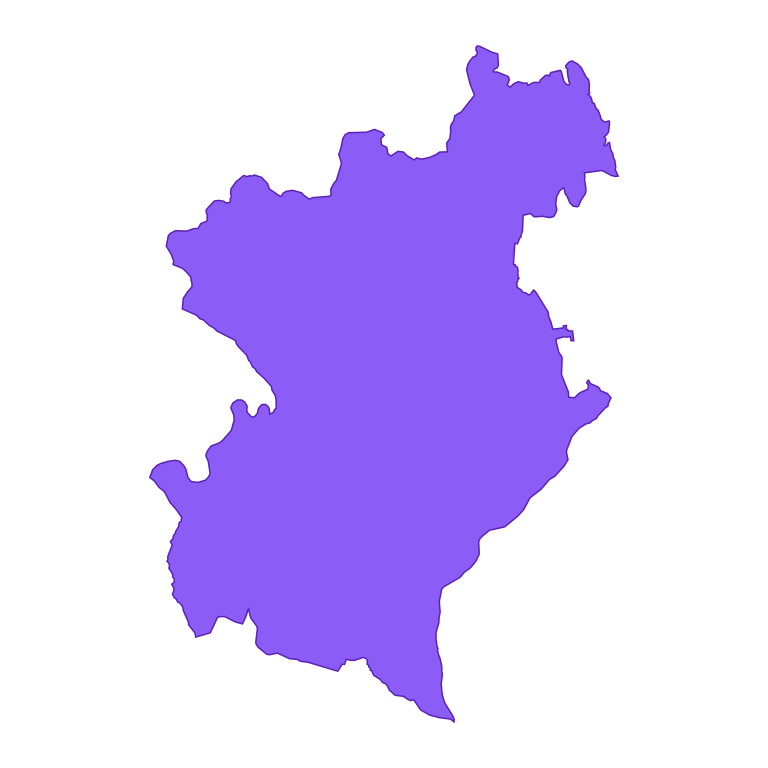 Dumbraveni, Sibiu, Romania
{"feature_id": "2599482B85989180229016", "entity_name": "Dumbraveni", "entity_type": "district", "adm_level": 2, "iso_a3": "ROU", "parent_name": "Romania", "parent_adm1": "Sibiu", "projection": "mercator", "projection_center": [24.552, 46.22], "detail": "fine", "context": "isolated", "style": "filled", "palette": "violet", "viewbox_px": 768, "rotation_deg": 0, "n_neighbors": 0, "source": "geoboundaries", "source_scale": "gbopen_adm2", "svg_char_len": 6067}
<svg xmlns="http://www.w3.org/2000/svg" viewBox="0 0 768 768"><path d="M195.7,637.1L210.3,632.8L217.4,617.6L219.7,616.6L224.7,616.6L235.5,622.0L242.5,623.9L246.3,615.5L248.0,609.7L248.7,609.0L250.0,615.6L251.2,618.6L256.8,626.3L257.4,628.5L255.8,642.2L256.1,644.1L258.3,647.4L266.8,654.3L269.7,654.7L277.4,653.1L289.5,658.7L297.1,659.4L300.5,661.3L307.8,662.2L337.8,671.2L342.2,664.1L344.5,664.5L346.3,659.3L350.5,660.4L354.7,660.3L362.9,657.5L366.0,658.4L367.3,660.4L367.2,664.4L368.4,664.9L368.9,667.1L370.4,668.5L370.3,670.3L371.5,670.5L373.8,675.4L380.2,679.4L382.6,682.6L385.4,683.5L387.3,685.7L389.2,690.0L395.2,695.3L403.2,696.3L408.1,699.5L410.8,700.6L413.0,699.9L414.2,700.5L420.7,710.0L429.7,715.1L439.7,717.7L450.6,719.1L453.9,721.9L454.3,719.9L453.0,716.3L444.6,702.6L442.2,694.5L441.2,684.2L442.4,673.6L441.8,672.0L441.7,665.7L439.8,657.7L438.3,654.0L437.5,649.7L438.0,648.4L437.0,646.2L436.1,639.5L436.0,632.8L438.9,622.4L438.9,619.1L440.1,612.1L439.3,601.3L441.7,589.1L443.9,586.7L460.0,577.4L464.6,572.0L469.7,568.5L473.2,564.6L476.2,560.6L478.8,555.2L479.2,553.8L478.7,541.7L480.0,538.7L482.0,536.5L489.4,530.3L504.8,526.8L517.7,516.2L523.6,509.7L530.0,497.8L541.0,489.3L549.3,479.6L555.0,476.1L564.1,466.1L568.0,459.7L566.5,452.8L566.7,449.9L572.1,436.2L579.1,428.3L585.9,423.9L590.0,422.9L592.2,420.8L596.5,418.4L597.9,415.8L605.3,407.9L607.9,406.2L608.5,403.0L611.0,397.9L607.3,393.5L600.5,390.8L599.4,388.3L597.8,386.8L590.8,383.8L589.2,381.9L589.0,380.5L588.1,380.2L586.7,382.7L588.5,385.1L587.8,389.2L579.8,392.8L574.4,397.8L568.7,397.2L568.4,392.1L561.5,374.6L562.1,358.5L561.6,356.2L558.8,352.5L556.2,341.8L556.1,339.0L564.2,336.7L566.4,337.2L570.3,336.5L571.0,340.7L573.8,340.7L572.5,331.0L568.2,330.9L567.7,329.5L566.1,329.5L566.4,325.5L563.4,325.8L563.5,327.9L552.8,329.2L551.1,322.5L548.5,315.9L548.2,312.2L536.0,292.4L533.7,290.0L529.9,294.8L528.9,294.8L525.4,292.8L522.7,292.2L521.1,289.9L516.9,287.1L517.1,285.4L516.4,283.8L517.5,282.0L517.8,279.4L519.1,278.5L518.3,277.4L517.7,272.7L518.1,271.4L517.5,267.2L515.0,265.8L515.4,265.0L513.6,264.3L513.5,263.2L514.8,243.5L517.4,243.8L520.0,237.6L521.0,236.9L521.0,235.2L522.4,231.3L523.2,215.3L529.6,213.7L531.1,213.9L533.0,216.0L534.9,216.9L542.6,216.3L549.5,217.6L553.7,216.5L555.8,212.8L556.8,209.7L555.7,203.6L556.6,196.8L559.7,190.7L563.3,188.0L564.0,188.0L565.2,193.7L567.0,196.0L569.8,202.8L573.1,206.2L577.3,206.8L578.7,205.8L580.6,201.0L585.3,193.7L585.8,191.8L585.9,188.4L584.5,179.3L584.9,176.7L584.4,172.8L602.0,170.5L610.8,175.2L615.2,176.5L618.2,176.1L615.3,169.8L615.7,166.8L614.8,160.4L613.3,157.3L612.9,153.8L610.6,149.5L609.5,142.5L608.2,143.0L606.1,145.7L604.0,145.5L605.7,142.1L605.8,139.7L605.7,138.6L604.0,136.6L605.9,135.6L608.6,131.9L609.6,122.1L608.9,120.9L604.7,122.2L601.0,119.2L600.5,116.4L598.0,110.1L596.0,108.2L594.2,103.4L592.5,102.9L591.3,97.9L589.2,95.1L587.9,94.5L589.6,93.1L589.1,89.8L589.4,84.4L588.7,80.3L587.8,78.6L586.5,77.8L581.2,67.5L577.3,63.8L572.1,60.9L568.9,62.1L565.7,65.6L566.1,67.8L568.0,69.8L567.3,70.6L567.6,74.0L569.0,81.7L569.9,83.6L568.5,85.1L566.0,84.1L563.9,81.3L561.1,71.1L560.2,70.3L551.1,72.5L550.2,73.5L549.5,76.0L547.4,75.0L545.3,75.6L540.3,80.0L539.6,82.4L533.7,82.4L527.8,85.4L527.0,83.1L523.8,83.2L518.2,81.7L513.8,83.8L510.0,87.1L507.3,84.9L509.3,80.0L508.8,77.6L507.9,76.4L497.2,72.0L494.0,72.0L493.2,71.0L494.2,69.4L497.4,67.6L498.4,65.2L497.7,53.9L491.8,52.2L479.5,46.2L476.9,46.1L475.9,48.0L476.2,50.8L477.4,51.9L477.1,53.8L475.3,56.3L472.8,57.2L469.7,61.3L468.1,63.8L466.5,69.7L470.1,84.1L474.2,94.4L474.2,95.6L461.4,111.8L454.8,115.7L453.7,120.7L451.2,124.5L450.5,127.7L450.7,131.6L449.8,138.6L446.7,143.0L447.4,151.8L439.6,152.1L435.7,154.8L429.8,157.3L421.9,159.2L416.6,157.9L414.4,160.0L406.8,155.6L403.7,152.3L402.5,151.9L397.9,151.4L391.0,156.0L387.9,153.7L386.7,147.3L381.5,144.9L380.9,138.7L384.3,135.2L382.3,132.5L374.4,129.4L366.8,132.2L348.6,132.7L345.0,134.8L342.8,138.8L340.9,148.1L338.7,154.5L340.9,160.9L341.3,164.1L336.4,180.3L334.2,182.8L331.1,188.4L330.7,190.0L331.1,194.7L329.5,196.3L312.9,197.6L309.2,199.2L303.5,195.0L301.6,192.8L292.6,190.3L286.0,191.4L283.2,193.1L281.2,196.3L279.7,196.0L269.4,189.0L267.7,183.8L261.5,177.3L254.2,175.0L251.9,176.1L250.0,175.7L246.8,176.6L243.8,175.4L236.0,181.8L231.1,188.7L230.5,192.9L231.5,197.0L230.1,199.0L230.4,201.6L230.0,202.4L226.1,203.0L223.6,201.2L218.9,200.4L214.4,201.0L206.3,209.6L206.2,212.3L207.3,215.2L207.0,221.1L200.8,223.6L198.1,228.4L193.5,228.7L186.8,231.1L175.4,230.7L170.8,233.1L168.4,235.4L166.3,246.1L171.4,254.7L173.6,260.7L173.2,264.6L182.6,268.4L185.8,271.4L190.8,276.9L191.1,280.6L191.9,282.7L192.0,286.5L191.2,287.8L188.0,291.2L183.3,298.3L182.3,308.9L196.7,315.3L199.8,318.7L203.4,319.9L209.4,325.5L213.6,327.8L217.2,331.2L235.3,340.4L236.7,344.3L238.2,346.4L246.7,355.2L248.7,360.4L250.1,361.5L252.4,366.7L255.3,368.9L256.6,371.6L264.3,378.4L271.3,386.4L272.1,390.5L275.1,395.1L276.0,398.8L276.2,408.2L274.4,409.8L273.5,412.2L269.8,414.2L269.2,408.5L267.7,406.1L265.4,404.4L261.6,404.6L258.6,408.3L257.2,413.6L255.2,416.0L253.0,417.3L251.0,416.5L247.3,412.4L246.8,410.3L247.1,406.0L244.9,402.3L243.3,401.0L241.6,400.0L237.4,399.9L233.0,402.9L231.1,406.7L231.0,408.3L233.8,415.1L234.2,419.9L231.3,430.4L222.7,440.3L219.5,442.8L211.0,446.1L207.6,450.7L206.0,454.4L206.0,456.1L208.3,461.5L210.1,473.4L208.8,476.5L205.6,480.1L198.1,482.4L191.8,481.7L190.4,480.8L188.0,477.5L185.8,469.1L183.7,465.5L179.6,461.3L175.4,460.3L168.3,461.3L160.7,463.5L157.0,465.4L152.7,469.7L149.8,477.4L154.6,481.2L158.9,487.2L164.5,491.8L170.0,502.4L176.5,509.9L181.5,517.0L181.2,521.6L179.3,522.3L178.6,526.6L175.7,531.4L175.3,533.2L173.3,535.8L173.0,538.7L170.4,541.4L172.2,545.1L168.2,555.3L167.7,557.3L168.0,559.3L167.0,561.2L169.0,563.5L169.5,566.0L168.8,568.1L172.4,573.8L172.9,577.2L174.3,579.3L174.1,582.3L171.7,584.2L173.9,588.1L173.9,590.4L172.5,594.0L172.9,595.1L174.1,597.4L176.5,599.5L177.6,602.0L180.0,603.2L182.9,607.3L183.3,610.5L188.4,622.0L188.7,625.0L195.0,633.0L195.7,637.1Z" fill="#8b5cf6" stroke="#5b21b6" stroke-width="1.5"/></svg>